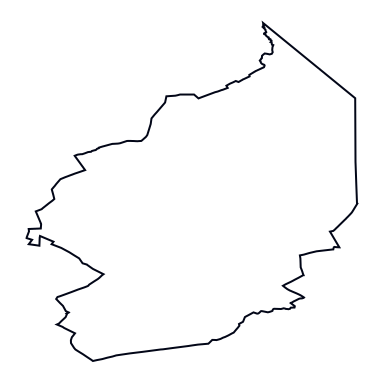 outline of Matīšu pag., Burtnieku, Latvia
{"feature_id": "27541924B27185019990533", "entity_name": "Matīšu pag.", "entity_type": "district", "adm_level": 2, "iso_a3": "LVA", "parent_name": "Latvia", "parent_adm1": "Burtnieku", "projection": "equal_earth", "projection_center": [25.147, 57.72], "detail": "fine", "context": "isolated", "style": "outline", "palette": "ink", "viewbox_px": 384, "rotation_deg": 0, "n_neighbors": 0, "source": "geoboundaries", "source_scale": "gbopen_adm2", "svg_char_len": 5484}
<svg xmlns="http://www.w3.org/2000/svg" viewBox="0 0 384 384"><path d="M104.5,146.0L103.8,146.2L102.6,146.5L100.6,147.1L99.7,147.4L98.8,147.7L98.8,148.2L97.9,148.5L96.9,148.9L96.4,149.5L95.9,149.9L95.6,150.1L94.8,150.2L91.9,151.0L91.0,151.8L89.7,151.9L88.0,152.1L84.9,153.3L83.1,153.9L82.2,154.2L80.8,154.2L79.4,154.4L78.6,154.5L78.4,154.5L78.2,154.5L77.9,154.6L76.9,154.9L75.4,155.5L75.1,155.6L74.7,155.8L79.9,162.9L85.1,170.1L78.1,172.5L75.1,173.5L65.2,177.2L60.4,179.2L56.4,183.8L54.4,186.4L53.9,186.9L51.8,189.4L51.8,189.5L53.3,194.9L54.3,199.0L52.5,200.6L49.0,203.2L42.1,208.7L41.8,209.1L41.1,209.4L35.8,211.4L40.9,223.4L40.8,223.5L41.1,224.2L41.1,224.6L40.8,228.5L28.7,229.0L29.0,231.4L26.7,237.4L26.6,238.1L32.1,239.8L28.8,244.2L36.0,245.2L39.4,245.7L39.7,237.7L40.0,236.0L53.5,241.7L51.6,244.2L61.2,247.9L69.4,252.3L74.3,255.4L79.2,258.4L82.6,263.3L87.0,264.6L87.2,264.9L92.9,268.9L103.5,274.2L102.0,275.3L99.5,277.7L97.9,279.0L94.1,281.4L90.3,283.9L89.1,284.7L88.4,285.6L87.9,286.0L84.6,287.3L77.9,289.6L71.6,292.0L65.6,294.2L59.8,296.3L57.5,297.0L56.2,299.0L60.0,303.0L63.0,305.9L63.7,307.2L64.9,309.4L65.8,311.1L67.2,311.8L68.8,312.5L68.7,312.6L66.4,313.7L66.9,314.2L65.6,317.2L61.5,321.0L58.9,323.6L56.9,324.5L62.6,326.9L64.2,328.0L75.0,333.3L72.9,336.0L71.9,337.2L70.9,340.2L71.0,343.1L74.2,348.1L74.6,348.5L75.2,349.3L75.7,349.7L77.9,351.1L80.3,352.6L82.9,354.2L87.5,357.3L91.3,359.8L92.9,361.0L96.9,360.1L102.2,359.1L107.3,357.7L112.6,356.5L116.2,355.4L129.9,353.4L143.0,351.8L160.5,349.5L163.1,349.3L172.0,348.1L188.4,346.0L192.3,345.4L198.0,344.6L208.4,343.7L212.2,340.0L212.3,339.9L215.7,340.0L216.4,340.1L216.7,340.0L216.8,340.0L219.0,339.4L220.6,338.9L223.2,337.6L225.0,337.0L228.4,335.4L232.0,333.4L233.7,332.6L236.1,329.7L237.6,328.0L238.0,327.5L239.4,325.7L239.0,324.0L240.6,323.1L241.0,322.9L243.0,321.8L243.1,321.6L244.9,317.1L245.1,317.0L245.9,316.5L248.4,315.2L253.5,312.4L256.7,313.5L257.0,313.6L257.9,313.6L259.0,313.0L260.9,311.2L261.3,311.1L262.4,311.2L267.8,312.3L268.4,312.2L269.6,311.9L271.7,311.2L272.4,310.9L272.8,309.7L273.0,309.4L273.4,309.1L274.0,308.8L274.5,308.8L280.7,309.0L281.1,309.0L283.3,308.4L283.7,308.3L285.2,308.6L285.7,308.9L287.1,309.0L288.5,309.2L290.0,308.8L290.7,307.7L294.0,307.5L294.5,307.5L294.7,306.8L294.8,306.2L294.2,305.7L290.6,303.0L290.7,302.9L291.2,302.8L292.0,302.5L293.7,301.4L294.6,301.0L296.6,300.0L298.2,299.2L298.8,298.9L299.6,298.6L300.2,298.5L302.0,298.4L303.6,297.9L304.0,297.5L303.7,297.3L302.7,296.6L302.2,296.3L301.7,296.0L300.6,295.3L299.0,294.5L297.7,293.9L296.6,293.4L291.9,291.4L290.6,290.8L290.0,290.6L288.9,290.0L288.0,289.5L287.5,289.2L287.0,288.9L286.1,288.2L285.5,287.8L285.1,287.5L283.0,285.8L285.6,284.3L290.9,281.8L293.0,280.7L294.8,279.7L298.3,277.9L303.4,275.1L303.5,275.1L302.8,273.3L302.4,271.9L301.8,270.2L300.7,267.4L300.4,258.6L299.9,255.4L303.9,254.6L309.4,253.0L316.6,251.3L333.1,249.4L333.3,249.4L333.7,247.7L333.8,247.3L334.2,247.1L334.6,246.9L335.7,247.1L337.0,247.2L338.8,247.3L339.2,247.3L339.3,247.3L333.2,237.0L330.9,233.1L330.0,231.6L333.3,230.9L334.8,229.6L336.5,227.9L337.6,226.9L339.4,225.1L343.7,220.9L344.7,219.9L345.8,218.9L346.2,218.4L347.9,216.7L351.5,212.9L352.1,212.1L353.1,210.5L355.3,206.9L357.4,203.5L357.0,203.2L356.3,184.7L355.6,164.6L355.5,162.0L355.4,140.7L355.3,119.3L355.2,98.2L263.1,23.0L263.2,23.5L263.3,23.8L263.3,24.3L263.2,24.4L263.2,24.5L263.4,24.6L263.8,24.7L263.9,24.8L263.7,24.9L263.7,25.0L263.9,25.1L264.1,25.4L264.0,25.6L263.8,25.8L263.1,26.0L263.0,26.3L262.7,26.5L262.6,26.9L263.3,27.3L263.7,27.3L264.1,27.3L264.3,27.4L264.4,27.6L264.2,27.8L263.8,27.8L263.7,28.1L263.8,28.2L264.1,28.4L264.6,28.7L264.7,28.8L264.8,29.1L265.1,29.4L265.4,29.7L265.5,29.9L265.4,30.2L265.5,30.6L265.8,31.2L265.9,31.4L266.1,31.9L266.3,32.2L266.2,32.4L265.8,32.6L264.6,33.1L264.1,33.4L264.0,33.7L264.1,34.1L264.5,34.3L264.8,34.2L264.8,33.9L265.1,33.8L265.2,34.0L265.5,34.7L265.9,35.3L266.3,35.7L266.4,36.1L267.1,36.6L267.7,36.9L267.9,37.2L268.0,37.4L268.6,37.4L268.8,37.8L268.8,38.0L268.8,38.4L269.4,38.6L269.7,38.8L269.1,39.1L269.1,39.3L269.3,39.4L269.8,39.5L270.3,39.4L270.6,39.6L270.7,39.9L270.9,40.2L270.9,40.4L271.2,40.6L271.5,40.7L271.5,41.0L271.0,41.8L270.8,42.0L271.2,42.1L271.4,42.1L271.6,42.1L271.7,42.3L271.6,42.6L271.6,42.9L271.6,43.2L271.8,43.6L271.8,43.8L271.8,44.0L271.9,44.3L272.2,44.5L272.2,44.8L272.7,44.9L272.9,45.0L273.0,45.0L273.3,45.1L273.2,45.4L273.0,45.8L272.8,46.3L272.7,46.6L272.5,47.0L272.2,50.0L272.7,52.2L271.8,53.8L269.7,54.4L266.9,53.8L264.7,53.5L263.3,54.6L262.0,55.8L261.9,58.1L261.4,58.4L261.3,58.8L261.1,58.9L260.9,59.1L260.8,59.3L260.8,59.6L260.1,60.2L259.8,60.5L260.3,61.4L260.5,61.5L260.8,61.9L260.8,62.0L260.8,62.4L260.9,62.7L261.0,62.9L261.3,63.2L261.6,63.5L262.0,63.8L262.3,64.1L262.5,64.2L263.0,64.3L263.3,64.5L263.6,64.5L263.8,64.6L264.0,64.8L264.3,64.9L264.4,65.0L264.6,65.4L264.6,65.7L264.0,67.2L255.6,71.1L249.3,74.9L249.6,76.4L243.4,79.3L242.8,79.5L242.3,79.9L240.8,80.7L238.6,82.0L238.2,81.9L235.8,81.0L232.7,82.5L230.1,83.6L226.4,85.7L227.7,87.9L222.7,89.8L221.5,90.1L217.8,91.5L215.1,92.2L201.1,97.4L198.5,98.4L194.0,94.5L180.2,94.5L177.2,95.3L175.3,95.7L166.4,96.3L165.1,102.5L156.7,112.3L154.7,114.5L151.5,118.4L150.7,124.0L149.1,129.2L147.3,135.0L146.1,136.7L145.8,137.0L142.2,140.2L141.5,140.8L141.1,140.9L141.0,141.0L140.3,141.0L137.5,141.2L137.1,141.2L133.0,141.0L128.3,140.9L126.9,141.0L120.2,143.2L119.2,143.4L117.8,143.6L112.4,143.9L111.5,144.1L104.5,146.0Z" fill="none" stroke="#020617" stroke-width="2"/></svg>